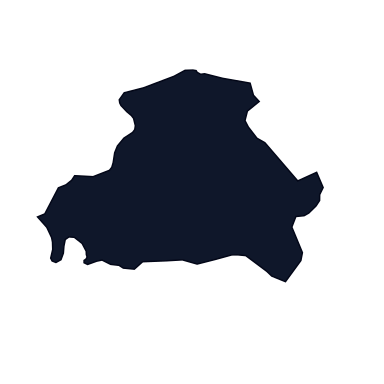 Kocevje, Mercator projection, rotated 116°
{"feature_id": "SVN-207", "entity_name": "Kocevje", "entity_type": "Municipality", "adm_level": 1, "iso_a3": "SVN", "parent_name": "Slovenia", "parent_adm1": "", "projection": "mercator", "projection_center": [14.941, 45.623], "detail": "fine", "context": "isolated", "style": "filled", "palette": "ink", "viewbox_px": 384, "rotation_deg": 116, "n_neighbors": 0, "source": "natural_earth", "source_scale": "10m", "svg_char_len": 1249}
<svg xmlns="http://www.w3.org/2000/svg" viewBox="0 0 384 384"><g transform="rotate(116 192 192)"><path d="M282.1,319.9L276.2,314.7L246.8,313.9L240.9,308.5L234.2,305.3L228.8,304.6L228.7,304.4L221.6,287.6L208.7,275.7L205.0,274.9L200.2,275.7L190.6,278.7L183.3,279.2L173.4,276.8L164.5,271.5L161.0,270.8L157.2,272.0L151.4,276.8L149.8,280.1L148.4,285.7L145.4,293.7L143.6,296.0L141.0,297.8L132.5,296.4L119.7,281.3L95.9,258.9L85.7,251.6L82.0,244.6L81.1,241.5L82.2,239.8L82.4,235.8L80.2,232.5L76.4,214.3L68.7,187.5L78.1,179.2L81.2,171.3L95.0,177.7L104.6,175.7L108.9,169.9L115.2,157.2L115.8,148.0L135.7,101.8L119.7,88.6L130.5,76.1L138.4,76.1L143.7,73.6L150.1,74.4L159.7,77.8L164.1,80.8L168.5,87.9L179.8,86.9L198.1,66.2L205.9,64.1L231.6,68.7L232.6,83.4L230.5,90.1L225.6,115.8L228.4,123.3L231.1,128.7L242.3,141.4L254.5,155.8L257.2,170.9L265.0,184.8L276.3,205.8L286.6,210.0L290.5,220.4L289.9,225.5L292.7,233.4L292.6,243.0L295.9,247.3L302.9,254.1L302.9,258.0L300.8,259.0L298.9,257.9L296.5,257.7L294.6,259.5L291.6,261.1L286.4,268.2L284.3,277.9L286.3,282.9L290.3,285.1L296.8,283.4L303.4,280.8L310.3,280.1L315.0,283.4L315.3,287.5L313.4,290.0L304.7,292.0L298.2,295.4L294.5,298.2L287.4,307.0L282.1,319.9Z" fill="#0f172a" stroke="#020617" stroke-width="1.5"/></g></svg>